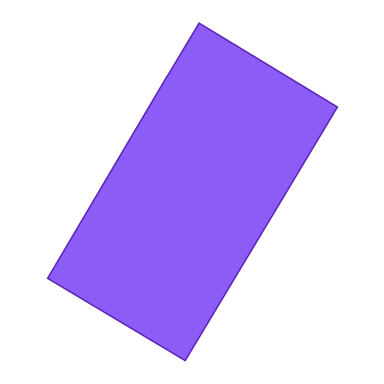 Jerauld, South Dakota, United States of America (Robinson projection), rotated 121°
{"feature_id": "52423323B74186214506523", "entity_name": "Jerauld", "entity_type": "district", "adm_level": 2, "iso_a3": "USA", "parent_name": "United States of America", "parent_adm1": "South Dakota", "projection": "robinson", "projection_center": [-98.691, 44.066], "detail": "fine", "context": "isolated", "style": "filled", "palette": "violet", "viewbox_px": 384, "rotation_deg": 121, "n_neighbors": 0, "source": "geoboundaries", "source_scale": "gbopen_adm2", "svg_char_len": 265}
<svg xmlns="http://www.w3.org/2000/svg" viewBox="0 0 384 384"><g transform="rotate(121 192 192)"><path d="M156.5,111.0L44.3,111.1L43.6,272.9L103.0,272.8L106.4,273.0L340.4,271.3L340.0,111.0L156.5,111.0Z" fill="#8b5cf6" stroke="#5b21b6" stroke-width="1.5"/></g></svg>